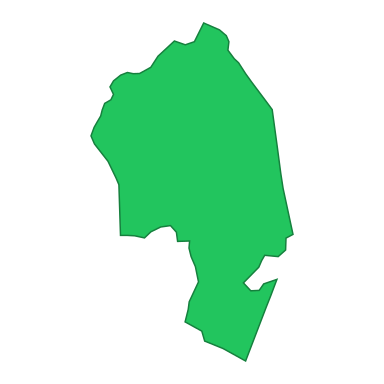 outline of Macaparana, Pernambuco, Brazil
{"feature_id": "56859067B7304153063563", "entity_name": "Macaparana", "entity_type": "district", "adm_level": 2, "iso_a3": "BRA", "parent_name": "Brazil", "parent_adm1": "Pernambuco", "projection": "orthographic", "projection_center": [-35.455, -7.535], "detail": "fine", "context": "isolated", "style": "filled", "palette": "green", "viewbox_px": 384, "rotation_deg": 0, "n_neighbors": 0, "source": "geoboundaries", "source_scale": "gbopen_adm2", "svg_char_len": 993}
<svg xmlns="http://www.w3.org/2000/svg" viewBox="0 0 384 384"><path d="M94.5,144.0L108.0,161.3L116.0,177.9L118.9,184.7L120.5,235.4L127.4,235.4L134.7,235.8L144.5,237.9L150.9,231.8L160.6,227.0L170.5,225.6L176.4,232.2L177.6,241.4L189.6,241.0L189.0,248.1L191.1,256.6L195.4,266.6L198.5,281.9L189.2,301.8L188.2,309.5L185.1,321.9L201.8,331.1L204.7,341.1L223.0,348.5L245.6,361.0L258.3,327.8L266.2,307.2L270.8,295.6L276.9,279.4L263.7,283.9L259.2,290.4L250.8,290.8L243.4,282.9L258.8,267.2L261.7,260.5L264.7,255.3L278.2,256.6L285.6,250.0L286.0,238.1L293.0,234.4L283.1,188.5L280.8,173.6L277.5,148.6L272.2,109.6L266.2,101.5L251.8,82.3L245.6,73.7L238.6,62.8L234.3,58.8L227.9,50.2L228.9,41.7L226.3,35.7L219.5,29.9L203.7,23.0L194.4,41.7L185.3,44.8L174.4,41.0L158.0,56.2L150.8,67.3L139.6,73.5L133.2,73.7L127.4,72.5L120.7,75.1L113.5,80.9L110.0,86.9L113.5,94.4L110.9,99.8L104.7,103.4L102.2,110.0L100.7,116.0L97.4,121.6L94.1,127.4L91.0,135.9L94.5,144.0Z" fill="#22c55e" stroke="#15803d" stroke-width="1.5"/></svg>